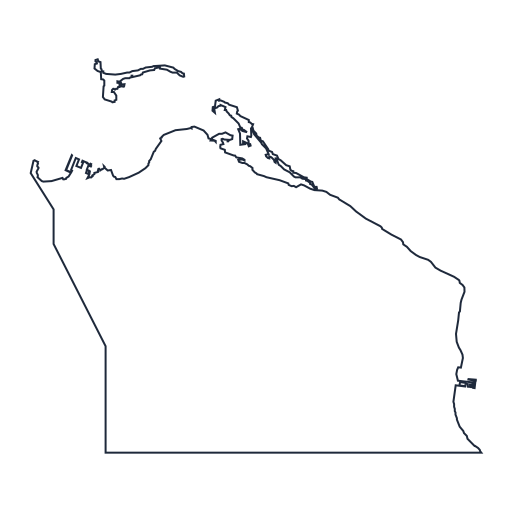 79, Madinat ach Shamal, Qatar
{"feature_id": "91078587B50341524344212", "entity_name": "79", "entity_type": "district", "adm_level": 2, "iso_a3": "QAT", "parent_name": "Qatar", "parent_adm1": "Madinat ach Shamal", "projection": "mercator", "projection_center": [51.268, 26.112], "detail": "fine", "context": "isolated", "style": "outline", "palette": "slate", "viewbox_px": 512, "rotation_deg": 0, "n_neighbors": 0, "source": "geoboundaries", "source_scale": "gbopen_adm2", "svg_char_len": 5938}
<svg xmlns="http://www.w3.org/2000/svg" viewBox="0 0 512 512"><path d="M481.3,452.7L480.2,451.3L479.8,449.9L478.1,448.0L475.0,445.9L474.6,446.0L467.5,438.8L466.8,435.9L464.0,433.1L463.3,431.0L459.7,426.7L456.9,419.6L456.9,418.2L455.5,414.6L455.5,412.5L454.8,411.1L454.8,408.9L454.1,406.8L454.1,404.0L453.4,401.8L455.7,385.3L465.2,386.5L465.4,385.9L464.9,385.7L464.7,386.1L459.4,385.4L460.0,382.6L460.7,382.2L465.6,382.9L465.7,383.8L467.8,384.1L467.9,386.7L470.1,386.9L470.0,384.5L471.3,384.6L471.2,387.1L472.7,387.2L472.5,384.2L474.2,384.4L473.3,387.9L474.6,388.1L475.4,381.3L475.8,380.9L475.8,379.7L468.5,379.1L468.4,379.5L474.4,380.6L474.2,382.6L457.9,380.7L456.3,374.1L457.1,369.9L458.2,367.3L460.9,367.6L462.9,358.0L462.5,354.7L460.4,350.0L458.9,347.6L456.7,341.8L456.0,333.9L458.2,320.4L459.0,312.5L459.9,311.4L460.7,302.9L461.5,299.6L464.5,291.8L464.4,287.5L462.6,285.0L459.8,282.9L459.4,280.7L459.0,280.1L454.1,276.8L440.7,270.7L435.4,267.6L430.9,261.8L428.1,259.8L419.7,257.0L416.0,255.0L410.7,251.1L406.9,246.8L403.3,244.4L403.0,242.2L401.0,239.5L391.4,234.6L382.2,229.0L381.8,227.6L380.5,226.3L365.8,218.6L356.1,211.5L350.3,206.1L339.2,199.4L337.9,197.7L330.1,194.8L326.4,191.9L322.3,190.6L314.4,190.1L310.2,188.7L304.1,185.4L301.0,184.4L296.1,187.2L293.8,185.9L291.7,186.2L288.7,184.9L288.3,183.4L279.6,180.2L266.4,177.2L264.0,176.1L257.1,174.2L256.5,173.4L254.8,172.4L252.4,169.8L252.5,168.0L250.2,166.2L248.8,165.8L247.3,164.4L244.5,163.0L242.4,163.0L239.0,161.8L238.3,159.9L242.2,159.4L244.5,160.5L244.5,159.8L242.2,158.4L236.3,157.4L235.1,155.6L233.7,155.5L225.1,152.4L224.8,149.8L220.5,148.3L220.2,146.9L220.5,144.8L223.4,144.1L223.0,142.7L221.6,140.5L221.6,139.1L222.7,138.8L224.1,139.5L228.3,139.8L227.6,140.5L227.6,141.3L228.3,141.3L229.0,140.2L232.2,139.1L232.6,135.6L230.4,135.2L225.5,132.4L222.0,133.8L219.1,133.8L212.1,137.7L211.9,139.4L215.7,140.9L215.7,141.9L214.6,140.7L210.6,140.5L211.3,139.1L208.5,138.4L207.5,134.8L203.6,130.5L194.4,126.6L191.6,127.0L191.6,128.4L190.9,128.0L186.8,129.0L175.5,130.2L163.8,134.9L161.6,137.0L161.7,137.5L160.2,138.4L161.4,141.0L155.8,148.9L155.1,150.8L153.8,151.7L150.7,159.3L149.1,161.1L149.2,162.4L148.4,163.6L148.4,165.2L145.4,168.2L138.7,172.7L129.1,177.1L124.1,178.8L122.1,178.5L119.4,179.1L116.4,179.1L115.3,177.0L114.0,176.7L113.1,175.7L111.0,170.0L107.7,170.5L104.7,167.8L104.7,166.9L104.0,166.2L104.4,167.8L102.3,169.3L101.8,169.2L100.5,170.3L99.1,168.7L98.4,168.9L97.9,170.6L98.5,171.4L98.0,172.0L94.4,172.9L94.4,174.1L92.3,175.5L92.6,176.2L91.0,177.5L89.9,177.2L87.4,178.2L89.3,174.6L89.9,171.3L89.4,171.0L88.3,174.0L86.0,173.0L86.9,170.3L88.5,170.8L88.6,170.5L86.8,169.7L88.4,165.5L90.9,166.5L91.1,166.1L90.5,165.8L91.2,164.1L90.6,163.8L90.3,164.7L86.9,163.3L87.2,162.7L85.2,161.9L84.9,162.6L84.9,161.8L82.5,160.7L81.9,162.1L83.1,162.6L81.0,167.9L76.4,166.0L79.0,159.4L75.8,158.0L71.1,169.9L72.1,170.7L71.2,172.2L66.1,170.2L72.1,155.4L71.8,155.1L65.6,170.2L71.0,172.7L68.6,176.5L66.3,177.9L66.1,178.8L64.0,179.4L63.2,179.3L62.5,177.9L51.5,181.1L43.4,181.6L41.8,181.1L37.5,177.2L37.9,176.0L37.7,174.6L36.8,173.0L36.6,171.7L38.5,168.2L38.5,167.6L37.3,166.4L37.3,165.1L38.0,163.6L37.6,162.7L38.0,161.9L34.9,160.5L34.2,159.6L34.4,160.5L33.5,160.8L30.7,173.1L53.6,209.4L53.6,244.0L105.6,346.2L105.6,452.7L481.3,452.7ZM219.2,99.3L215.7,100.7L214.9,107.1L213.5,106.8L212.8,107.1L212.5,110.7L214.9,112.8L214.2,108.5L217.1,107.5L218.5,106.1L220.6,105.7L220.6,105.0L225.5,107.1L224.8,110.0L226.2,110.0L226.6,111.4L228.7,113.5L229.8,115.3L231.2,115.7L231.5,117.1L233.3,118.2L238.6,123.5L240.3,127.4L241.8,127.8L242.5,129.6L243.9,129.9L247.0,132.2L242.5,131.0L239.6,128.8L238.2,129.2L240.0,133.5L240.3,144.8L245.3,144.1L245.3,143.4L243.1,143.4L243.1,141.3L247.7,143.4L248.8,146.3L250.6,145.6L250.2,144.1L248.8,144.1L248.5,140.6L247.0,138.5L247.4,136.3L250.9,137.0L251.3,135.6L251.0,128.5L251.7,128.5L254.1,134.2L261.2,142.7L261.9,144.2L266.1,148.4L268.6,154.1L265.7,154.8L266.1,156.3L267.9,158.0L269.3,158.4L269.3,156.3L271.4,157.3L273.9,159.8L274.6,162.0L275.6,162.7L275.6,158.4L276.3,158.4L278.8,164.8L280.6,165.9L284.1,169.4L289.7,172.3L294.0,176.6L295.4,177.3L300.3,177.3L302.4,178.7L306.0,179.1L306.0,180.5L307.4,180.9L309.9,182.7L310.2,184.1L311.6,184.4L314.4,188.0L315.8,188.7L316.9,188.4L316.6,186.9L314.4,186.9L312.3,181.9L310.9,181.6L306.7,179.1L306.7,177.7L303.9,177.3L296.1,173.0L293.3,172.7L293.3,171.2L291.9,170.9L290.4,169.8L289.7,166.3L286.2,165.2L280.6,160.2L278.5,159.1L277.0,155.6L272.8,154.1L272.1,152.0L268.6,150.6L268.2,149.2L262.9,141.3L260.8,140.6L260.1,137.8L258.7,137.4L256.6,135.6L256.2,133.5L253.4,130.6L252.7,127.8L252.0,127.1L253.1,124.2L251.7,123.9L250.3,122.5L248.8,122.1L248.8,120.0L240.4,116.1L239.0,114.6L236.8,113.6L237.2,111.4L237.9,110.7L236.9,107.2L229.1,104.7L227.7,103.2L224.8,102.5L224.1,101.8L220.6,100.4L219.2,100.7L219.2,99.3ZM106.1,73.9L103.3,72.8L103.3,71.4L101.9,71.4L101.5,69.2L100.8,68.5L100.5,62.1L98.4,61.4L97.7,59.3L95.5,60.0L95.5,61.4L96.6,62.1L96.9,63.5L94.8,64.2L94.5,68.5L97.6,71.0L100.8,72.1L101.2,79.2L103.3,79.5L104.3,80.6L104.3,85.6L103.6,86.3L102.9,97.0L104.7,99.4L111.7,101.6L112.4,102.3L114.6,101.9L114.6,100.5L116.3,99.8L116.3,95.6L113.9,92.0L111.8,92.0L112.1,89.9L113.2,88.8L113.9,88.8L114.6,89.5L115.3,89.5L116.0,88.8L117.4,88.8L118.1,87.0L119.5,87.0L119.5,84.2L120.7,84.4L121.0,86.3L123.8,86.7L124.1,86.3L124.5,84.2L121.7,84.5L121.0,82.8L120.2,83.1L117.4,82.8L117.4,81.3L119.5,81.7L123.1,78.9L125.2,78.2L129.4,78.2L130.2,77.5L131.6,77.1L131.6,75.7L132.3,75.7L132.3,77.1L140.1,75.3L140.8,74.6L142.2,74.3L142.9,72.5L150.0,70.4L154.2,70.0L154.9,68.3L159.9,67.2L159.9,68.6L166.9,69.7L170.5,71.8L172.6,72.6L176.8,72.6L179.7,75.4L183.2,76.8L184.2,76.5L183.9,73.6L182.5,73.3L181.1,71.9L178.2,71.1L174.7,69.0L173.3,67.6L164.8,65.4L153.5,66.1L152.1,66.8L145.7,67.5L142.9,68.9L140.8,68.9L137.9,70.4L132.3,71.1L129.5,72.5L127.3,72.5L121.0,73.9L115.3,74.6L106.1,73.9Z" fill="none" stroke="#1e293b" stroke-width="2"/></svg>